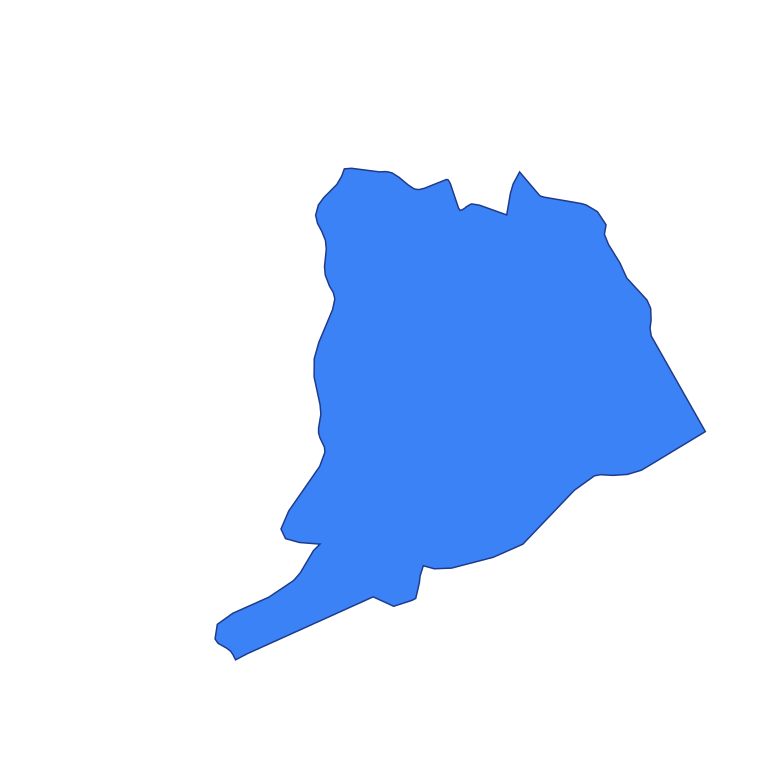 Bântéay Méanchey, Mercator projection, rotated 331°
{"feature_id": "KHM-1777", "entity_name": "Bântéay Méanchey", "entity_type": "Province", "adm_level": 1, "iso_a3": "KHM", "parent_name": "Cambodia", "parent_adm1": "", "projection": "mercator", "projection_center": [102.955, 13.824], "detail": "fine", "context": "isolated", "style": "filled", "palette": "blue", "viewbox_px": 768, "rotation_deg": 331, "n_neighbors": 0, "source": "natural_earth", "source_scale": "10m", "svg_char_len": 1479}
<svg xmlns="http://www.w3.org/2000/svg" viewBox="0 0 768 768"><g transform="rotate(331 384 384)"><path d="M179.9,514.6L209.4,512.1L218.8,508.8L241.6,495.5L250.4,493.0L233.3,481.7L222.9,471.5L223.6,460.9L239.1,448.9L287.8,424.9L299.3,415.0L301.3,410.3L301.9,400.0L303.1,395.0L305.5,390.7L314.1,379.9L318.0,371.2L326.3,343.9L335.3,328.0L347.2,316.0L375.1,294.0L382.3,285.7L384.0,279.4L383.8,271.9L385.4,260.4L388.8,252.6L398.9,238.1L402.4,230.0L403.6,220.2L403.7,213.6L403.7,211.4L406.0,203.3L413.4,195.6L421.6,191.8L439.5,186.6L447.8,181.7L453.6,176.6L460.2,179.6L482.9,196.3L488.4,199.0L490.9,200.9L493.5,203.5L497.4,210.6L501.6,221.5L504.7,227.5L506.3,229.2L509.1,231.0L514.3,232.4L537.8,235.4L539.0,236.4L539.2,239.0L539.1,241.2L534.5,266.2L534.7,269.1L537.3,269.5L539.9,269.4L542.2,268.9L546.5,268.8L548.0,269.0L554.2,273.9L573.3,295.6L587.0,278.5L593.9,271.7L605.4,264.3L611.4,294.1L611.9,295.5L615.0,298.5L644.0,321.8L647.6,325.4L654.2,336.7L655.4,352.4L649.3,360.0L648.0,370.8L649.0,392.6L647.7,409.0L654.7,438.0L653.9,447.2L648.4,457.9L643.7,464.2L641.0,471.6L642.0,581.4L567.6,584.2L553.1,581.1L540.1,575.0L529.3,568.2L523.4,566.3L499.0,569.2L434.8,589.2L427.9,591.4L395.6,588.5L353.9,577.8L338.4,570.0L330.3,562.0L322.5,569.4L318.4,575.2L307.8,586.9L303.7,586.8L284.7,583.1L271.3,564.9L133.7,553.6L120.4,553.3L120.7,547.4L120.3,543.4L118.4,538.9L113.2,530.5L112.6,525.1L121.7,513.4L140.6,511.2L179.9,514.6Z" fill="#3b82f6" stroke="#1e3a8a" stroke-width="1.5"/></g></svg>